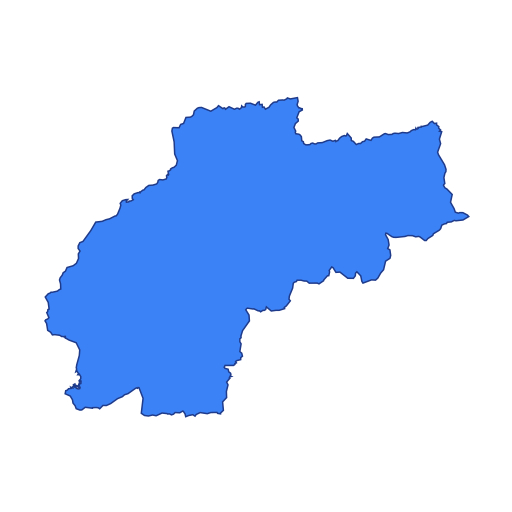 outline of Balsa, Hunedoara, Romania, rotated 86°
{"feature_id": "2599482B86876194197645", "entity_name": "Balsa", "entity_type": "district", "adm_level": 2, "iso_a3": "ROU", "parent_name": "Romania", "parent_adm1": "Hunedoara", "projection": "mercator", "projection_center": [23.071, 46.051], "detail": "fine", "context": "isolated", "style": "filled", "palette": "blue", "viewbox_px": 512, "rotation_deg": 86, "n_neighbors": 0, "source": "geoboundaries", "source_scale": "gbopen_adm2", "svg_char_len": 6103}
<svg xmlns="http://www.w3.org/2000/svg" viewBox="0 0 512 512"><g transform="rotate(86 256 256)"><path d="M279.1,465.8L282.2,469.1L287.8,466.5L294.5,466.1L294.9,467.3L297.0,467.7L297.8,468.7L303.1,466.9L304.3,468.2L305.0,470.2L306.0,471.0L308.7,469.6L315.6,469.0L317.7,466.2L320.5,464.6L320.4,462.2L321.4,457.3L322.8,455.4L322.8,454.1L323.6,452.7L323.3,452.5L324.2,452.1L323.8,451.8L324.5,451.8L326.8,448.4L330.0,441.4L337.4,438.4L342.9,439.2L352.0,442.4L354.9,443.1L356.3,442.8L358.9,443.8L358.3,442.6L360.9,441.3L362.0,442.1L362.1,441.1L361.6,440.5L364.1,439.2L366.2,439.4L368.1,441.2L369.1,440.9L369.0,440.0L367.9,439.2L370.9,439.6L370.8,440.5L372.0,441.0L370.8,441.3L373.0,442.3L373.7,443.3L374.5,442.4L374.5,440.8L375.1,440.7L376.0,441.1L376.2,442.7L375.4,444.5L374.2,444.7L374.2,446.0L373.5,446.4L372.6,444.4L372.1,445.4L371.0,445.6L371.7,447.1L372.8,446.7L373.0,447.2L373.6,447.0L373.8,448.2L374.9,448.0L374.5,448.9L374.8,449.2L374.2,449.9L375.2,449.7L375.3,452.2L376.7,453.7L377.1,455.2L380.1,456.0L382.7,451.1L386.7,449.1L390.0,448.8L392.7,446.9L395.8,446.0L397.4,442.4L397.4,440.5L395.0,436.9L396.4,429.8L395.9,429.7L396.0,426.0L396.4,423.9L397.5,422.6L394.4,419.1L394.7,415.7L393.1,411.3L388.6,404.0L387.0,399.1L385.2,396.8L384.4,393.3L379.9,385.9L379.2,384.4L379.7,383.4L379.0,382.9L379.2,381.9L390.1,378.6L404.9,381.4L407.3,378.4L408.1,374.5L407.4,370.2L408.4,366.8L406.1,360.7L407.0,355.7L407.5,355.1L407.4,353.4L408.6,351.4L408.0,349.3L406.5,347.6L407.1,343.0L405.6,339.9L405.9,339.3L408.6,337.8L411.4,337.3L410.4,334.2L409.9,330.1L411.5,328.0L409.9,326.7L408.3,322.6L409.9,315.6L409.0,312.0L409.3,305.8L410.3,305.3L411.0,302.4L410.2,302.3L407.7,299.3L399.2,299.5L395.2,295.2L389.1,295.0L382.6,292.9L379.7,294.1L376.1,290.6L375.7,291.1L374.6,290.5L374.4,289.0L373.8,290.0L372.3,289.3L371.1,289.6L369.6,291.3L367.0,291.7L365.9,294.8L364.8,295.5L363.0,294.5L363.6,286.1L362.7,284.6L361.8,284.6L361.2,283.0L359.8,283.7L359.0,282.4L358.3,278.5L356.3,278.3L355.0,276.5L352.0,277.0L350.2,278.8L342.6,277.0L340.4,278.1L337.4,277.9L336.5,276.6L334.7,276.6L329.5,274.6L320.3,267.1L314.4,267.1L308.9,270.0L307.7,268.8L307.4,268.3L308.7,262.5L308.5,261.9L310.9,257.6L310.9,256.4L312.0,255.3L310.7,252.9L310.8,251.5L310.1,250.1L307.5,249.2L311.9,244.6L311.6,239.9L311.8,236.7L310.5,231.1L309.3,231.4L307.9,229.2L303.1,224.9L301.4,226.1L298.3,225.5L290.6,221.7L285.8,220.7L284.8,219.6L284.3,217.5L283.0,216.7L283.3,212.7L284.3,209.8L284.6,207.1L286.8,204.8L287.3,196.8L288.2,195.1L285.4,190.3L284.5,190.0L280.7,186.1L280.7,184.8L277.1,183.7L275.5,184.0L272.2,181.2L273.1,179.9L277.9,177.4L277.9,173.4L284.6,166.0L285.1,160.4L282.7,158.3L280.1,157.9L278.8,156.5L283.1,152.9L288.6,152.2L290.5,151.2L287.9,142.5L288.4,138.4L286.5,136.0L281.7,132.8L278.6,129.7L270.2,127.1L267.6,122.5L264.8,121.6L259.2,122.0L257.8,124.1L254.3,122.5L248.9,123.0L243.8,125.3L242.3,124.9L242.5,123.8L246.2,119.1L247.0,117.2L247.2,114.7L246.9,106.0L246.2,103.1L246.6,98.5L248.0,95.4L247.8,92.4L248.4,91.1L252.3,86.7L252.4,85.1L250.6,83.4L247.8,78.2L246.2,77.5L243.0,71.3L241.6,69.9L238.2,68.5L237.1,65.8L236.9,63.7L235.7,62.9L235.6,58.8L234.3,55.7L234.8,54.1L234.5,47.0L231.5,41.0L229.9,42.2L227.2,46.6L226.9,49.7L227.4,51.1L226.2,54.1L222.6,55.1L216.0,58.2L208.3,56.0L202.5,60.9L201.2,62.8L198.7,64.0L197.9,63.8L196.9,62.6L190.9,63.1L186.6,61.8L185.1,60.7L182.8,60.4L178.1,61.6L167.7,66.9L165.1,67.6L156.8,64.0L152.2,64.9L145.0,62.1L144.3,64.3L143.4,63.4L143.7,62.6L141.2,64.9L139.7,64.6L137.8,66.7L136.1,66.6L136.3,68.8L133.9,70.8L134.8,72.9L137.4,75.6L138.4,81.0L138.2,82.1L138.9,82.2L139.1,85.5L140.1,85.4L140.5,86.1L140.5,87.2L139.7,87.6L141.2,88.1L140.9,89.9L141.8,92.4L142.9,93.7L143.8,96.6L143.0,101.3L143.8,105.2L143.2,108.8L143.4,110.6L144.2,111.9L144.1,115.6L142.9,118.3L143.0,119.4L145.8,124.6L145.7,130.1L146.5,131.6L148.7,133.3L146.9,137.9L149.1,139.7L149.4,141.8L151.1,143.9L150.9,145.6L151.8,148.2L148.4,150.9L147.5,152.8L144.9,152.8L140.2,156.4L142.3,157.4L142.5,158.3L142.0,159.4L142.8,162.2L144.3,164.4L146.6,166.3L146.9,167.7L147.4,168.3L146.2,168.8L146.9,171.3L145.5,174.0L145.9,177.0L147.5,181.9L147.5,186.6L148.4,188.3L148.2,190.0L147.3,191.5L147.6,193.3L148.6,194.4L148.7,197.5L148.4,198.9L147.1,200.6L145.3,200.8L144.2,202.3L140.1,202.4L138.4,203.5L137.5,204.7L136.8,207.8L135.4,208.2L134.2,207.7L130.4,209.2L126.7,207.5L124.3,204.4L122.3,204.4L121.0,205.7L115.1,202.9L113.6,199.6L112.3,199.6L112.1,200.1L112.4,200.5L111.2,202.1L111.3,202.8L109.3,204.1L107.8,204.4L104.6,203.2L100.9,203.6L101.7,210.8L100.5,213.7L101.3,214.3L102.5,217.1L102.2,218.5L102.2,222.7L103.9,224.6L103.7,226.2L104.0,227.9L106.3,230.9L108.5,232.6L110.2,236.4L107.9,237.6L108.1,239.2L105.2,239.3L105.3,241.9L102.4,242.1L102.8,243.4L105.5,246.0L103.2,250.9L103.1,255.1L104.0,256.0L106.2,256.2L106.6,257.3L106.4,258.8L105.3,259.8L106.9,260.1L108.4,262.2L107.3,263.7L107.2,264.9L108.1,267.3L105.2,272.5L107.5,276.2L106.1,276.9L106.0,277.6L106.7,278.7L103.4,282.9L105.2,284.6L108.4,291.0L104.0,300.0L104.0,302.6L104.5,304.2L107.1,307.5L110.7,308.5L112.0,309.9L112.9,311.7L112.9,316.2L118.7,319.0L119.5,322.0L122.7,323.8L122.1,329.4L122.7,330.5L125.5,331.2L136.4,329.7L148.6,330.0L155.4,327.7L159.9,329.2L161.8,331.6L162.2,333.3L163.2,335.1L164.1,335.2L165.0,336.6L165.3,337.9L168.8,337.5L169.2,337.9L168.6,338.6L169.7,339.7L171.5,339.5L172.9,340.2L173.6,343.6L173.0,346.9L173.8,348.3L175.8,348.9L177.2,350.1L178.1,354.0L178.1,358.0L180.0,361.1L182.3,363.2L182.4,364.3L184.0,366.7L184.0,367.4L184.8,367.3L184.5,369.2L185.5,373.2L187.3,375.3L190.0,375.4L191.3,374.5L192.4,376.9L192.4,378.8L193.1,379.1L193.3,381.5L192.2,381.6L190.7,380.1L190.7,382.1L191.5,385.5L194.0,387.8L195.8,387.3L198.8,388.3L204.8,391.3L206.3,392.9L206.3,393.9L208.7,399.5L209.3,403.0L210.7,407.1L211.0,413.5L219.1,419.0L229.4,427.6L230.4,430.8L233.6,432.7L236.1,432.9L238.8,431.2L241.5,433.1L246.1,433.2L250.8,435.7L253.0,439.2L254.3,445.3L257.9,447.2L259.2,449.5L261.7,450.7L264.0,452.8L266.2,453.7L270.2,452.9L275.4,453.1L275.7,454.4L277.2,456.6L278.0,461.9L277.8,463.0L278.8,464.4L279.1,465.8Z" fill="#3b82f6" stroke="#1e3a8a" stroke-width="1.5"/></g></svg>